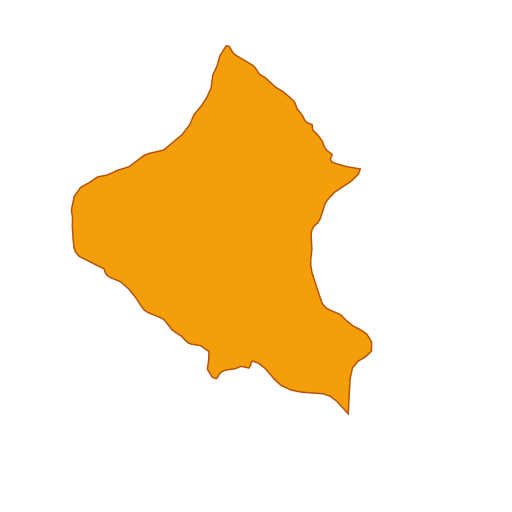 outline of Arica y Parinacota, rotated 140°
{"feature_id": "CHL-2694", "entity_name": "Arica y Parinacota", "entity_type": "Region", "adm_level": 1, "iso_a3": "CHL", "parent_name": "Chile", "parent_adm1": "", "projection": "robinson", "projection_center": [-69.675, -18.339], "detail": "fine", "context": "isolated", "style": "filled", "palette": "amber", "viewbox_px": 512, "rotation_deg": 140, "n_neighbors": 0, "source": "natural_earth", "source_scale": "10m", "svg_char_len": 2004}
<svg xmlns="http://www.w3.org/2000/svg" viewBox="0 0 512 512"><g transform="rotate(140 256 256)"><path d="M286.8,75.9L287.5,92.9L289.2,100.7L293.2,107.4L308.5,122.3L315.2,130.6L319.9,140.6L321.1,148.3L321.3,164.3L323.0,172.2L325.9,177.5L328.2,177.6L330.5,175.6L333.5,174.8L337.3,179.8L338.6,181.1L339.9,181.7L344.4,182.9L350.1,186.7L353.1,188.2L356.3,189.3L360.2,189.1L363.2,187.8L365.5,187.7L367.3,191.1L367.4,191.3L366.0,200.6L359.1,206.7L353.5,213.0L356.2,223.1L362.0,229.8L363.9,233.3L364.5,238.4L364.5,240.6L364.7,242.5L367.5,251.7L367.8,253.6L367.3,265.4L368.1,268.9L374.9,281.7L376.3,286.1L376.2,291.1L374.9,301.4L374.7,312.6L376.3,323.2L380.8,331.9L382.0,334.7L382.5,337.6L382.1,340.5L380.7,343.4L380.7,343.6L380.7,343.8L380.8,343.9L391.2,368.1L391.8,370.3L391.7,375.1L390.2,379.1L384.6,387.5L384.4,387.5L377.9,396.5L372.0,403.2L367.9,409.8L357.1,418.4L346.3,421.3L336.4,419.4L326.4,418.4L318.1,413.7L307.4,410.8L295.8,406.0L277.5,405.1L271.7,403.2L264.2,399.3L258.4,396.5L248.5,396.5L234.4,396.5L222.0,399.3L212.8,404.1L202.1,406.0L192.1,408.9L182.2,413.7L173.0,422.2L163.1,427.0L154.8,432.7L143.9,436.1L142.5,435.0L141.8,433.7L142.8,427.8L142.9,425.6L142.4,422.6L135.8,403.8L135.6,400.6L136.5,392.9L134.4,387.0L132.5,372.9L129.6,364.3L128.1,355.1L127.5,350.0L127.9,347.8L130.0,341.9L130.0,335.9L130.3,333.3L131.3,328.9L131.3,326.2L130.7,324.2L129.1,321.8L128.6,320.3L131.5,316.3L130.8,307.8L131.6,300.8L133.3,296.0L133.8,293.7L133.8,291.3L132.7,286.5L132.5,284.7L136.9,282.3L137.4,279.0L135.5,275.7L133.2,272.2L128.7,265.6L124.8,261.1L120.6,256.1L120.2,255.7L125.0,252.9L134.7,252.1L154.8,254.3L164.6,253.2L169.3,251.7L182.6,243.4L187.1,241.7L192.6,241.6L196.8,239.8L200.1,236.9L209.0,225.1L216.4,218.0L219.9,213.9L223.9,207.1L235.3,178.7L235.9,174.5L235.5,170.5L233.9,166.4L229.7,158.5L228.7,154.8L228.4,149.3L226.7,140.2L223.5,132.7L221.3,125.1L222.7,115.9L228.7,108.9L236.7,108.4L245.5,109.8L254.0,108.2L262.6,101.7L286.8,75.9Z" fill="#f59e0b" stroke="#b45309" stroke-width="1.5"/></g></svg>